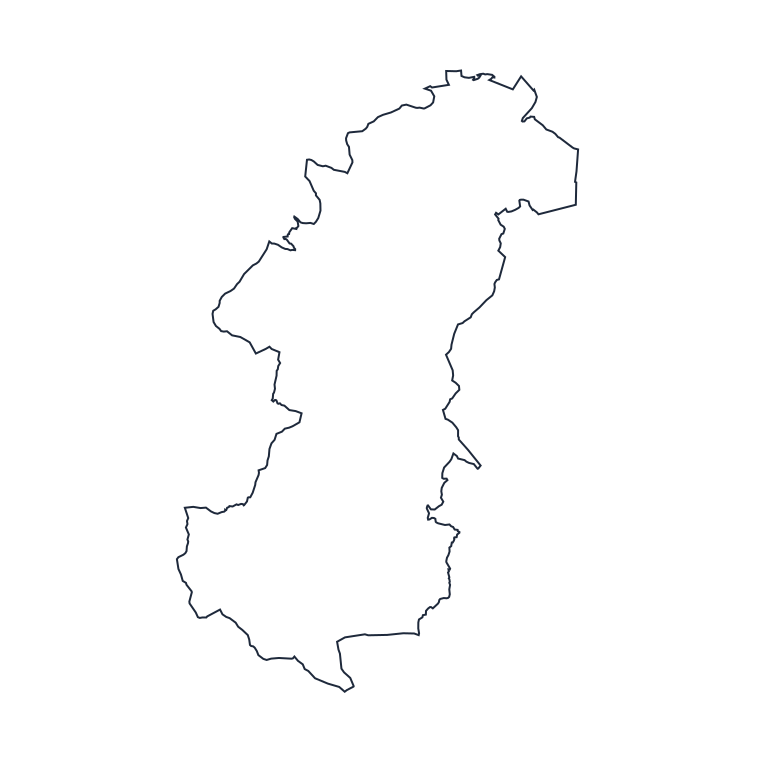 Vetca, Mures, Romania (Natural Earth projection), rotated 77°
{"feature_id": "2599482B39536420897954", "entity_name": "Vetca", "entity_type": "district", "adm_level": 2, "iso_a3": "ROU", "parent_name": "Romania", "parent_adm1": "Mures", "projection": "natural_earth1", "projection_center": [24.823, 46.343], "detail": "fine", "context": "isolated", "style": "outline", "palette": "slate", "viewbox_px": 768, "rotation_deg": 77, "n_neighbors": 0, "source": "geoboundaries", "source_scale": "gbopen_adm2", "svg_char_len": 6162}
<svg xmlns="http://www.w3.org/2000/svg" viewBox="0 0 768 768"><g transform="rotate(77 384 384)"><path d="M591.7,577.4L598.0,573.2L602.7,572.8L608.1,573.3L609.4,572.4L610.2,570.5L611.8,569.3L615.6,568.0L619.9,567.4L624.7,563.4L626.5,560.4L626.2,555.8L627.3,548.1L630.9,535.7L630.8,534.4L629.4,532.6L634.4,530.1L638.9,526.2L643.9,525.4L646.6,522.3L655.2,517.4L663.3,506.1L669.1,495.8L675.0,491.5L673.9,489.1L672.0,481.8L671.6,481.5L662.8,483.0L656.0,487.8L651.8,489.5L636.8,487.6L632.6,488.1L624.6,487.7L622.1,479.0L623.6,458.9L625.3,455.9L629.2,437.3L631.2,421.3L633.9,410.7L636.5,406.7L634.8,405.9L629.9,405.6L624.1,404.2L621.3,402.9L620.0,399.1L618.0,398.1L618.1,395.1L614.5,394.1L612.6,391.4L611.7,389.3L612.0,388.3L613.6,386.9L610.1,380.8L608.9,379.6L606.9,378.7L606.1,377.6L606.0,373.9L606.9,371.1L606.8,369.6L606.1,368.4L603.7,367.2L598.8,366.6L594.6,364.8L592.4,365.1L591.5,364.4L589.0,364.2L588.0,364.6L587.0,363.8L582.0,364.0L581.3,363.0L579.1,362.9L579.6,361.7L578.8,361.1L571.8,363.3L570.7,363.2L567.4,361.7L565.3,359.8L562.0,357.8L558.1,357.1L557.1,355.0L553.7,353.6L553.9,352.7L552.4,351.2L551.1,350.4L549.9,350.4L549.3,349.9L549.6,347.7L547.1,346.6L545.9,344.0L545.2,343.8L544.0,345.2L542.7,345.1L541.7,347.9L538.9,348.8L537.7,350.6L535.6,351.8L535.1,356.3L531.9,362.6L530.7,364.1L529.9,364.6L526.9,364.3L525.8,365.5L525.2,367.4L526.2,370.2L526.1,371.5L524.3,371.5L520.1,369.2L514.9,370.3L513.9,370.0L512.2,368.9L512.2,368.4L516.7,366.5L517.7,362.8L515.4,357.9L514.6,355.0L512.0,352.7L507.6,354.1L504.9,352.5L501.4,352.3L498.2,351.1L493.9,347.5L491.9,343.8L490.3,344.3L489.7,347.3L488.6,348.4L484.0,347.2L478.9,344.2L474.5,337.6L472.4,335.3L467.3,332.0L470.6,329.2L473.3,328.6L476.3,322.6L478.2,321.2L480.1,318.8L482.2,314.5L487.6,311.9L487.6,311.2L485.2,308.2L467.2,316.9L454.9,323.6L452.9,323.2L451.6,323.6L445.7,322.2L442.5,323.3L437.0,326.1L433.1,329.8L431.8,331.9L422.5,332.4L421.9,329.9L416.2,324.1L413.8,323.0L413.4,320.8L409.3,316.3L406.6,311.9L402.8,311.4L398.9,313.9L395.9,316.8L391.2,314.7L386.1,314.0L369.4,317.0L367.5,313.6L364.8,310.7L360.9,309.4L350.9,304.3L342.6,298.5L342.3,293.7L341.0,291.5L338.5,284.5L335.8,282.7L334.4,280.5L330.9,273.8L325.3,265.3L322.0,258.5L318.4,255.8L314.9,254.3L311.4,253.9L310.0,252.9L308.0,250.7L307.9,248.4L287.6,237.4L279.8,242.6L276.7,240.0L273.2,238.6L270.1,239.3L268.4,239.1L264.4,235.8L264.2,233.9L260.0,231.4L257.6,232.0L255.0,234.5L250.0,235.8L248.7,235.2L243.8,237.6L242.4,236.3L244.5,234.4L240.6,226.0L243.9,225.2L244.3,224.1L244.5,221.0L243.8,217.0L242.7,213.2L241.6,211.4L235.8,210.9L235.2,210.3L235.2,209.0L235.8,206.6L238.7,202.1L242.8,202.0L247.9,200.0L247.6,199.3L251.2,196.4L253.4,195.3L252.5,156.8L230.9,151.3L230.0,152.4L220.1,148.6L199.1,142.1L197.2,145.8L196.0,147.1L183.4,157.6L182.7,158.8L178.8,160.8L176.1,163.1L172.5,168.6L167.6,171.1L160.0,177.5L157.5,177.6L156.4,181.1L157.2,182.1L157.3,185.1L159.7,188.1L159.4,190.0L158.7,190.5L156.1,188.9L148.5,177.9L143.3,173.0L138.7,170.5L131.0,171.4L131.7,172.3L115.1,181.2L125.9,192.2L111.5,213.0L110.8,210.9L109.5,209.3L110.2,207.5L109.5,207.3L107.1,209.1L105.3,213.6L105.1,215.8L104.0,217.5L103.7,220.9L104.0,223.5L104.7,223.1L104.4,220.7L105.0,220.4L106.9,222.3L107.7,224.0L108.1,228.3L107.6,228.8L106.1,227.2L105.0,227.0L104.8,232.4L103.3,236.5L101.3,239.2L95.9,238.4L95.5,243.3L93.0,253.0L101.5,254.7L107.1,253.5L105.9,270.5L104.2,272.0L105.4,277.7L108.8,272.2L115.0,270.3L120.7,272.8L122.9,276.0L124.6,282.5L124.5,283.4L122.7,287.2L122.5,289.3L122.0,290.8L116.8,299.4L116.7,304.0L119.1,307.1L121.0,316.2L121.5,324.4L122.6,329.9L125.8,334.9L127.0,340.7L129.7,342.5L131.1,344.3L132.8,348.3L131.1,361.0L131.5,362.7L136.0,365.7L138.2,366.1L142.1,365.9L145.1,364.8L152.8,365.9L158.7,364.5L161.0,364.9L170.4,372.3L168.5,374.5L164.0,384.7L161.6,386.6L158.2,391.7L158.1,394.6L155.6,399.4L151.4,402.3L149.4,404.4L148.4,406.4L148.2,408.6L164.1,414.1L169.5,410.9L179.9,409.0L182.9,407.4L184.9,407.9L190.1,405.3L193.7,405.4L200.8,406.9L207.5,410.7L210.6,413.8L212.3,416.4L210.5,419.4L209.9,423.7L208.9,427.0L207.7,429.0L203.8,431.0L200.7,433.7L201.2,434.0L203.1,433.6L206.3,431.6L210.8,431.9L212.3,433.7L212.3,434.4L213.2,434.6L211.5,438.4L214.8,442.1L216.4,442.7L216.2,443.3L217.1,444.3L218.6,444.7L218.1,448.9L218.6,449.1L220.4,448.5L220.6,447.1L221.6,446.2L225.8,444.4L226.4,442.9L229.4,441.2L231.0,441.1L232.6,440.2L233.6,440.5L232.7,443.2L232.7,445.1L230.8,447.7L230.2,449.8L227.9,452.9L224.5,456.0L222.5,459.3L221.9,461.7L219.3,463.7L226.3,468.0L236.6,478.5L237.9,481.2L238.9,485.1L245.4,495.6L251.9,501.8L253.6,504.7L257.3,508.7L258.9,512.7L260.2,518.5L262.7,522.5L266.0,525.4L268.1,525.9L271.6,527.9L273.4,531.3L274.2,533.9L277.1,535.3L285.3,536.1L289.7,534.7L293.2,531.9L295.8,530.8L296.9,528.3L297.3,525.1L302.4,521.1L305.9,513.4L313.2,505.5L325.5,502.0L323.2,491.3L321.9,487.2L324.6,485.6L329.5,478.7L336.5,481.7L340.2,480.5L342.7,483.0L345.8,484.2L347.0,485.6L351.7,486.8L359.9,490.8L364.1,491.3L367.6,493.1L368.6,494.2L373.2,495.7L374.5,497.0L376.2,495.8L375.1,494.0L375.2,493.1L375.9,492.5L378.9,492.1L379.5,491.4L379.4,489.8L381.4,488.6L382.7,485.9L388.1,482.1L390.5,476.2L394.0,470.9L402.3,475.0L404.6,482.6L405.2,486.2L405.2,490.7L407.5,494.2L408.4,500.0L413.8,503.2L416.5,507.0L421.5,510.2L428.6,512.5L432.3,514.7L436.6,516.1L439.2,518.7L439.9,525.6L442.4,525.8L444.5,526.7L450.8,531.3L453.4,532.2L460.4,536.4L464.3,539.8L463.9,541.7L464.2,542.3L467.6,543.9L470.6,547.6L470.7,548.0L469.3,548.5L468.7,550.2L469.1,553.3L468.1,554.8L469.3,559.0L468.2,562.1L469.0,562.9L469.3,564.7L471.4,566.1L471.5,566.7L471.0,567.1L471.8,567.3L472.4,568.4L472.3,571.0L473.0,575.3L471.6,578.3L469.2,581.3L464.4,585.3L463.6,590.7L460.8,597.5L459.8,605.9L470.6,604.9L473.2,606.8L476.3,607.0L479.3,609.3L486.7,608.0L491.3,610.5L493.4,610.2L495.0,610.8L497.9,612.6L502.4,614.0L504.1,615.6L505.2,617.8L506.5,623.3L508.1,625.2L518.0,625.9L523.9,624.7L530.6,624.4L533.2,621.7L535.2,621.6L542.7,618.1L543.7,618.1L552.2,622.6L554.1,622.8L564.3,618.8L569.3,617.8L570.5,616.1L570.6,613.7L571.5,609.6L570.7,608.6L566.9,594.5L572.1,593.2L575.5,590.1L577.4,587.1L583.2,582.2L587.7,580.7L591.7,577.4Z" fill="none" stroke="#1e293b" stroke-width="2"/></g></svg>